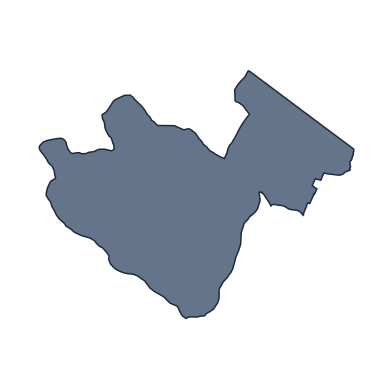 Purmerend, Noord-Holland, Netherlands (Mercator projection), rotated 276°
{"feature_id": "6326949B8869090595059", "entity_name": "Purmerend", "entity_type": "district", "adm_level": 2, "iso_a3": "NLD", "parent_name": "Netherlands", "parent_adm1": "Noord-Holland", "projection": "mercator", "projection_center": [4.93, 52.542], "detail": "fine", "context": "isolated", "style": "filled", "palette": "slate", "viewbox_px": 384, "rotation_deg": 276, "n_neighbors": 0, "source": "geoboundaries", "source_scale": "gbopen_adm2", "svg_char_len": 5874}
<svg xmlns="http://www.w3.org/2000/svg" viewBox="0 0 384 384"><g transform="rotate(276 192 192)"><path d="M65.6,199.2L66.3,200.2L67.2,201.6L67.5,202.7L67.8,205.3L68.1,208.8L68.3,210.4L68.6,211.2L69.2,212.7L69.8,215.7L70.1,216.9L70.4,217.6L70.9,218.0L72.0,218.6L72.8,219.4L73.5,220.2L74.8,222.2L77.8,225.6L78.9,226.2L84.2,229.0L85.4,229.3L88.9,230.0L93.1,229.7L96.6,229.2L98.9,229.4L99.3,229.6L105.5,232.3L106.2,232.7L110.4,235.9L113.6,237.5L115.7,238.9L119.1,240.3L119.9,240.5L125.9,241.6L131.7,242.4L139.0,244.6L144.6,245.7L145.9,245.8L149.8,245.6L156.5,245.2L156.9,245.2L162.1,246.4L164.5,246.8L165.6,247.0L166.8,247.4L167.4,247.8L168.3,248.6L168.9,249.2L170.3,250.3L172.7,251.5L173.2,251.8L174.0,252.6L176.0,254.7L178.1,256.4L179.4,257.4L180.9,258.3L181.8,258.8L183.1,259.2L186.1,259.7L188.9,260.3L191.0,260.6L192.4,260.3L198.7,258.7L199.2,261.7L198.8,261.7L198.2,261.7L198.2,261.9L197.6,263.1L197.4,263.4L192.4,267.5L189.8,269.7L186.4,272.0L187.1,272.3L187.4,272.7L187.7,273.2L188.3,274.8L187.9,280.3L187.9,283.1L187.9,283.7L187.1,286.3L185.7,288.9L185.0,290.9L184.7,298.7L184.7,299.0L183.5,301.8L180.5,304.9L180.9,305.1L181.0,305.3L181.6,305.4L182.1,305.1L182.3,305.2L182.5,305.1L183.2,305.4L186.3,306.4L186.9,306.4L187.6,306.6L187.9,306.9L188.8,307.1L190.5,307.4L192.9,308.1L193.5,308.4L193.5,308.7L193.3,308.8L193.1,309.3L192.9,310.2L193.0,310.4L198.7,312.2L199.2,312.5L199.6,312.6L199.9,312.5L200.6,312.8L202.2,313.3L202.5,313.2L202.9,313.6L202.7,313.8L202.6,314.0L208.1,315.9L208.3,315.8L208.4,315.4L208.6,314.6L208.8,314.6L209.3,313.5L209.6,313.1L209.8,313.1L209.9,312.5L210.4,311.8L210.7,311.0L210.8,310.8L211.1,310.9L211.3,311.0L218.0,313.3L217.2,318.9L221.6,320.2L224.7,321.2L224.2,325.8L224.1,336.5L224.2,337.0L224.7,338.5L225.7,340.4L225.9,340.7L227.3,341.7L227.7,342.1L228.4,343.2L228.9,344.1L229.6,345.7L230.0,346.7L230.6,346.7L230.8,346.8L231.1,346.3L233.3,347.0L233.6,347.0L234.6,346.8L235.7,346.3L237.9,345.9L239.6,346.4L240.3,347.2L241.4,347.4L241.8,347.7L242.3,347.6L243.5,347.7L244.2,348.1L244.7,348.3L245.6,348.3L246.1,348.4L247.3,348.4L248.3,348.3L248.9,348.6L250.1,348.6L251.5,348.4L252.5,346.8L257.5,338.5L259.0,335.8L261.5,331.7L264.3,327.0L268.9,319.2L271.7,314.5L271.8,314.2L272.8,312.7L280.1,300.4L280.2,300.2L280.7,299.5L281.6,298.0L283.0,295.5L318.1,236.7L317.8,236.4L318.4,235.3L315.2,233.9L311.8,232.5L307.6,229.1L304.3,226.8L299.0,224.1L298.3,223.8L297.6,223.8L293.4,224.5L288.3,225.1L287.4,225.3L287.0,225.5L286.8,225.8L286.4,226.5L285.6,229.5L285.5,229.8L284.3,231.7L283.8,232.8L283.5,233.2L281.7,235.2L280.6,236.1L280.0,236.5L278.1,238.3L275.4,241.1L272.5,239.2L269.7,237.5L267.1,236.1L263.4,234.2L261.6,233.3L257.7,231.7L251.0,229.2L247.5,227.5L245.5,226.7L244.4,226.1L242.9,224.8L242.5,224.6L238.5,223.1L234.7,222.7L233.2,222.2L228.7,220.7L228.8,220.3L229.4,218.3L229.9,216.6L231.8,212.0L232.3,210.8L233.2,209.4L234.9,205.6L235.3,204.9L235.6,204.5L238.1,202.2L240.6,198.3L241.1,197.9L243.1,196.6L245.9,193.4L249.6,190.3L250.6,189.5L253.3,185.4L254.5,182.6L254.5,182.1L254.5,181.7L254.0,180.1L253.7,179.2L253.0,177.6L253.0,177.3L253.1,176.9L255.5,169.4L256.1,167.6L256.1,167.4L254.8,153.2L254.5,151.0L254.6,150.8L254.9,150.3L257.7,147.0L258.4,145.5L259.0,144.6L259.4,144.1L261.6,142.7L262.4,142.0L263.9,140.1L264.5,139.5L266.5,137.9L267.5,137.3L268.0,136.9L269.4,135.6L270.0,135.1L272.1,132.9L273.4,131.3L273.8,130.8L274.6,129.6L276.0,128.0L277.4,126.0L279.5,124.0L280.4,123.0L281.0,121.7L281.7,120.9L281.9,120.4L281.6,118.7L281.5,118.0L281.3,116.7L281.2,115.5L281.1,114.9L280.3,113.5L278.0,109.5L275.6,105.9L274.9,104.9L274.5,104.6L272.9,103.7L266.2,100.4L264.5,99.5L262.5,98.1L261.9,97.5L259.9,95.0L259.4,94.6L259.1,94.5L255.8,95.3L254.4,96.0L253.1,97.0L250.6,98.0L249.1,98.2L246.5,98.9L244.6,99.8L241.9,101.5L239.1,103.5L238.8,103.9L238.4,104.6L238.0,105.2L237.2,105.9L236.6,106.4L232.8,108.0L232.5,108.1L231.3,108.9L230.1,109.3L226.9,110.0L226.3,109.9L226.0,109.6L225.7,109.3L225.2,108.6L224.7,107.6L224.6,107.2L224.8,105.4L225.1,103.0L225.4,100.7L225.0,96.9L224.8,95.3L224.3,94.3L223.6,92.9L221.9,90.1L221.7,89.5L220.8,85.6L220.6,85.1L220.1,84.2L219.3,82.8L219.1,82.3L218.6,78.5L218.6,77.8L218.7,77.4L219.3,76.3L219.3,75.9L219.0,73.3L218.1,70.4L217.9,69.3L217.9,68.8L218.1,67.9L218.3,67.4L218.5,67.1L220.5,65.2L221.2,64.7L222.8,63.6L225.5,62.4L227.4,61.9L228.6,61.3L229.1,60.7L230.7,59.3L230.9,59.0L231.1,58.7L231.1,58.3L231.7,56.2L231.8,55.9L231.5,54.7L230.8,51.5L229.5,46.8L228.2,42.9L226.7,39.9L226.3,39.1L226.0,38.8L224.0,37.1L222.0,35.7L221.4,35.5L220.8,35.4L219.8,35.5L217.6,36.5L217.2,36.8L212.3,41.6L211.3,42.5L209.1,44.2L207.0,45.5L205.9,46.3L204.7,48.0L203.7,49.5L203.1,50.1L202.2,50.7L199.0,52.6L194.2,53.9L193.0,54.3L191.9,54.9L191.5,54.9L191.3,54.8L190.4,53.7L188.2,50.6L187.9,50.4L186.7,49.8L181.8,48.1L181.2,47.9L177.1,47.3L174.6,47.2L173.8,47.3L173.3,47.4L172.8,47.8L170.1,49.7L167.2,52.4L166.7,52.8L163.2,54.0L159.0,57.1L154.9,59.6L151.5,62.7L150.8,63.6L149.9,64.8L148.7,66.6L148.1,67.5L147.7,68.0L146.8,68.9L145.5,69.8L144.9,70.3L144.7,70.6L142.9,74.6L141.5,76.8L140.5,78.0L139.9,78.8L139.7,79.3L139.4,80.0L137.1,86.8L136.6,89.1L136.4,90.8L135.7,94.5L135.4,95.5L135.2,96.1L133.6,99.6L133.1,100.4L132.9,100.6L131.4,101.9L130.9,102.3L129.8,103.7L128.2,105.9L128.0,106.4L127.2,108.7L127.0,109.1L122.1,114.3L121.5,114.8L119.9,115.9L119.4,116.2L118.9,116.3L116.9,116.1L116.4,116.1L111.8,118.5L108.0,123.0L107.7,123.4L107.2,124.3L105.4,129.1L105.2,129.7L104.7,132.0L104.3,133.8L104.2,134.7L104.1,135.9L104.1,138.1L104.1,140.4L104.1,142.4L103.5,144.2L103.2,145.4L103.1,145.8L101.9,148.4L101.7,148.9L100.8,150.1L100.5,150.5L99.1,153.5L98.5,154.4L97.8,155.1L96.8,155.8L94.3,158.4L92.4,159.9L92.0,160.4L89.3,164.7L88.7,166.0L84.8,174.9L79.7,181.1L79.2,181.8L78.9,182.6L77.0,188.8L76.7,189.3L76.5,189.5L76.2,189.8L71.6,192.5L68.2,194.9L67.7,195.5L65.6,199.2Z" fill="#64748b" stroke="#1e293b" stroke-width="1.5"/></g></svg>